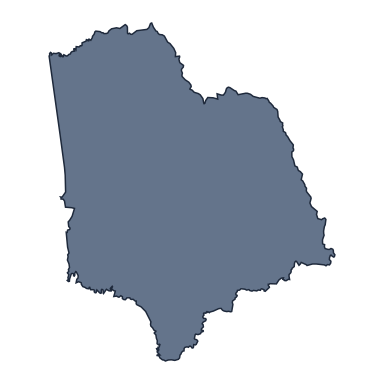 outline of Tuy Duc, Đắk Nông, Vietnam
{"feature_id": "81297802B14510014839166", "entity_name": "Tuy Duc", "entity_type": "district", "adm_level": 2, "iso_a3": "VNM", "parent_name": "Vietnam", "parent_adm1": "Đắk Nông", "projection": "robinson", "projection_center": [107.388, 12.134], "detail": "fine", "context": "isolated", "style": "filled", "palette": "slate", "viewbox_px": 384, "rotation_deg": 0, "n_neighbors": 0, "source": "geoboundaries", "source_scale": "gbopen_adm2", "svg_char_len": 5877}
<svg xmlns="http://www.w3.org/2000/svg" viewBox="0 0 384 384"><path d="M165.4,361.0L168.3,360.0L171.4,359.8L174.8,360.4L178.4,359.3L179.6,357.9L180.0,355.1L181.0,354.0L181.4,352.7L182.7,351.2L184.0,350.9L184.1,348.5L184.9,347.4L187.0,346.8L188.4,347.3L189.5,346.2L190.2,346.1L190.9,346.5L192.1,348.0L192.9,348.0L193.5,347.1L193.7,344.6L195.4,344.9L196.2,344.4L197.8,341.1L196.7,339.7L195.1,339.3L194.4,338.7L195.1,334.9L195.8,334.1L198.0,334.6L200.5,333.7L201.3,332.0L202.8,331.7L203.3,331.2L203.2,330.6L201.3,330.0L201.5,328.7L203.4,326.9L203.1,324.7L202.3,324.1L202.2,323.5L203.2,322.1L205.6,320.8L206.1,319.6L205.7,318.6L203.6,318.3L202.9,317.4L202.9,316.4L204.0,315.0L203.5,313.8L204.0,313.0L205.4,313.2L206.7,311.9L206.9,312.6L208.0,311.8L209.3,312.7L210.0,312.0L213.3,311.1L218.8,308.6L221.1,308.4L222.5,310.2L224.0,311.0L226.8,311.6L228.4,311.3L230.8,311.8L231.7,311.5L232.9,304.5L232.3,302.5L232.6,300.9L235.0,299.2L235.2,297.8L236.1,297.3L237.2,295.8L237.1,295.3L235.9,294.7L235.8,293.4L237.2,291.6L237.4,290.4L239.6,290.1L240.8,288.9L241.4,288.8L244.9,289.2L246.6,290.1L248.9,289.6L249.9,290.6L252.0,291.1L253.5,290.4L256.8,290.9L258.3,290.0L260.4,290.3L261.1,289.0L261.8,288.8L264.0,289.7L264.1,290.9L265.2,291.3L269.4,287.4L269.2,286.6L268.3,285.5L268.3,284.3L268.9,284.4L269.9,283.7L276.4,283.9L278.9,280.0L281.2,278.2L282.2,278.0L283.4,277.9L282.8,279.3L284.0,279.7L284.2,280.4L284.8,280.6L286.1,280.7L288.4,279.3L289.6,279.5L289.0,276.1L289.1,274.5L290.7,272.8L291.1,271.9L291.1,269.9L291.9,269.2L292.1,268.3L294.2,266.6L294.5,263.2L295.0,261.9L295.8,261.2L296.5,261.4L299.0,265.3L300.4,263.9L301.2,262.4L306.3,264.7L307.0,265.5L312.5,264.0L316.4,264.0L324.4,264.9L326.0,265.8L327.4,264.6L329.5,264.9L330.7,263.1L330.9,261.2L329.4,259.6L329.5,257.7L330.4,255.3L331.1,255.1L332.3,256.3L333.8,257.1L334.4,256.6L334.9,254.8L333.5,252.9L333.3,250.2L332.7,249.2L331.0,248.5L329.5,249.4L328.0,249.4L325.1,248.6L324.4,246.8L324.6,244.6L323.1,244.2L322.6,243.5L322.5,239.8L324.1,235.2L323.7,233.6L323.6,231.0L324.4,226.5L325.2,224.8L325.9,219.4L324.7,218.0L322.8,218.7L321.6,219.7L317.8,218.6L316.5,214.4L317.2,211.4L311.5,206.6L309.9,203.0L311.1,198.4L310.8,197.0L306.8,192.0L306.3,190.8L306.5,188.2L305.0,186.3L304.8,184.7L302.7,180.9L301.2,179.8L302.5,174.1L300.3,171.6L298.6,170.6L298.0,169.7L297.3,167.1L294.9,165.9L293.5,159.9L291.9,156.7L291.8,152.1L293.4,150.8L293.6,150.1L293.6,149.0L293.0,148.0L293.3,144.9L289.9,140.6L287.5,136.4L286.2,135.2L285.5,132.6L283.3,131.3L283.3,129.7L282.3,126.8L282.9,125.8L282.5,124.3L282.7,123.0L280.3,121.5L280.0,120.4L278.1,117.0L277.7,111.4L277.0,109.5L273.7,107.4L273.0,105.9L270.4,103.0L269.4,102.5L268.7,100.8L267.1,98.4L266.0,98.7L265.0,98.0L262.0,97.6L259.9,98.2L253.2,96.4L250.5,94.3L247.6,93.3L245.8,93.2L238.1,94.7L235.9,91.1L234.4,90.6L229.9,87.6L228.4,87.2L227.3,87.7L226.4,88.8L225.4,92.3L223.4,95.1L221.4,95.1L217.1,93.8L217.7,99.1L213.2,97.8L207.8,97.5L205.7,100.5L204.8,103.3L204.1,103.7L203.7,103.0L202.9,98.6L200.3,94.9L198.4,93.6L194.2,92.3L192.1,90.1L190.0,89.3L189.8,89.0L191.2,86.6L190.9,85.0L188.8,82.2L185.2,79.8L182.2,76.6L181.9,75.2L182.4,73.1L181.5,71.0L181.4,69.9L181.8,68.8L183.3,67.1L183.5,65.4L180.1,62.9L179.6,62.1L178.9,59.0L179.7,56.9L179.5,56.1L175.4,56.6L175.7,52.7L173.8,48.4L170.0,43.6L167.6,42.1L164.4,36.1L162.3,34.8L159.5,34.5L158.2,33.5L157.2,31.5L155.9,31.0L153.4,27.2L151.7,23.0L150.5,23.5L148.9,27.7L146.9,29.4L136.8,30.7L132.1,34.3L130.7,34.3L129.5,33.2L128.1,33.8L127.5,33.2L127.4,27.1L126.6,25.6L125.2,24.6L119.9,28.5L116.5,27.8L111.6,28.8L109.0,30.8L107.8,33.0L106.4,33.5L103.9,33.6L103.0,32.7L101.9,32.8L100.0,31.6L95.8,31.1L95.0,31.7L94.1,34.3L92.5,36.3L92.3,37.7L90.8,40.3L89.0,39.1L88.6,39.5L88.8,40.7L88.1,40.9L87.0,39.7L86.4,39.6L86.0,41.2L82.1,42.8L82.0,45.3L81.7,45.7L80.2,45.7L79.8,46.5L79.0,46.9L76.2,46.6L75.9,49.9L74.8,48.7L73.9,48.8L73.8,49.7L74.5,51.1L72.2,51.5L71.0,52.4L70.4,53.9L68.8,54.5L67.5,55.8L66.2,56.0L63.8,54.7L63.4,55.4L63.4,56.6L62.6,56.7L60.8,53.9L60.4,54.6L60.8,56.5L60.2,56.6L59.1,55.8L59.7,53.4L58.9,52.7L56.1,53.6L53.3,53.3L51.8,54.9L51.2,52.8L50.5,52.4L49.6,53.6L49.8,55.7L49.1,56.0L60.2,135.5L64.5,167.4L65.2,175.2L65.6,192.1L62.1,197.1L60.6,197.0L61.1,197.6L61.0,199.0L63.2,199.2L64.5,201.0L65.5,207.2L71.6,207.7L74.5,208.4L72.1,216.3L69.7,220.2L68.2,221.9L68.7,226.5L69.9,227.9L70.0,228.9L69.5,229.6L67.6,230.1L67.2,232.4L66.2,232.2L67.6,247.2L69.0,253.0L67.7,254.8L68.1,256.7L67.4,260.0L69.0,263.9L69.5,267.5L68.4,269.6L68.8,271.3L67.4,272.8L68.8,274.7L67.9,277.8L68.5,279.4L67.2,280.4L68.4,281.5L69.4,281.3L69.6,279.0L71.3,273.8L72.0,273.4L73.3,273.6L73.6,274.3L73.6,275.8L74.3,276.1L74.7,275.5L74.9,273.0L75.7,271.6L76.3,271.9L78.2,275.7L78.0,278.0L76.8,279.3L76.1,282.8L78.6,281.7L81.0,282.6L81.3,282.9L81.4,284.4L82.8,286.6L85.1,287.4L86.4,288.4L88.4,288.8L89.0,288.6L89.2,287.4L89.7,287.3L90.6,289.7L93.3,289.7L94.5,290.3L94.2,291.8L95.2,292.8L96.1,292.6L96.9,290.0L99.7,292.9L100.8,293.3L101.3,292.9L101.3,290.0L101.7,289.4L102.7,289.6L103.1,290.5L103.2,293.2L103.5,293.6L106.4,289.3L108.9,290.8L111.2,291.0L111.5,290.4L110.4,289.2L110.3,288.4L112.2,286.3L112.5,286.8L111.7,288.2L112.0,289.3L113.7,290.6L115.3,291.1L113.8,296.5L116.6,296.1L118.4,297.1L119.2,297.1L120.8,295.7L122.4,296.7L122.4,298.6L123.9,299.6L125.4,299.7L127.0,297.8L129.8,297.8L130.4,299.0L131.3,299.4L133.1,299.3L135.3,301.1L136.2,301.1L136.2,303.8L136.7,304.6L141.2,306.9L145.7,311.5L150.9,321.8L150.5,324.4L150.9,326.1L152.6,327.8L154.0,330.2L155.9,331.2L155.6,331.9L154.4,332.6L154.3,333.2L155.9,334.9L156.4,338.3L157.3,340.6L157.1,343.7L158.4,344.8L159.3,344.2L159.9,344.5L159.2,347.0L158.0,347.3L158.7,349.1L158.0,349.2L157.3,348.5L156.6,348.6L157.0,349.7L158.5,350.5L158.3,350.9L157.2,351.3L157.3,352.3L159.8,354.9L157.3,354.9L157.1,355.5L158.9,355.8L160.0,358.0L162.5,359.9L163.7,360.0L165.4,361.0Z" fill="#64748b" stroke="#1e293b" stroke-width="1.5"/></svg>